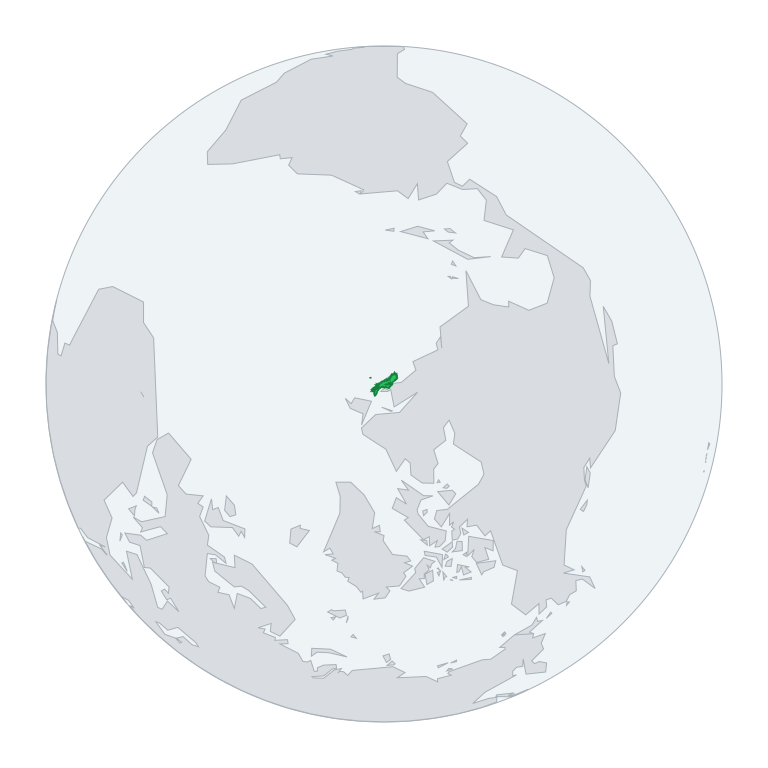 globe centered on Nova Scotia, rotated 175°
{"feature_id": "CAN-685", "entity_name": "Nova Scotia", "entity_type": "Province", "adm_level": 1, "iso_a3": "CAN", "parent_name": "Canada", "parent_adm1": "", "projection": "orthographic", "projection_center": [-62.958, 45.228], "detail": "fine", "context": "on_globe", "style": "filled", "palette": "green", "viewbox_px": 768, "rotation_deg": 175, "n_neighbors": 0, "source": "natural_earth", "source_scale": "10m", "svg_char_len": 15333}
<svg xmlns="http://www.w3.org/2000/svg" viewBox="0 0 768 768"><g transform="rotate(175 384 384)"><circle cx="384" cy="384" r="338" fill="#eef3f6" stroke="#a8b0b8"/><path d="M337.9,718.8L341.7,719.1L335.4,718.4L334.3,715.7L341.9,711.9L344.1,688.4L336.3,681.5L310.2,670.3L278.5,635.9L286.4,624.4L279.7,616.5L301.5,600.1L296.2,578.6L288.6,574.2L280.8,580.5L255.5,560.9L247.5,541.7L175.4,482.4L169.3,469.0L171.2,453.5L158.2,384.6L158.8,442.2L151.6,426.7L148.0,403.7L152.7,402.2L153.9,371.5L149.0,354.4L157.7,317.5L185.6,282.4L185.5,292.2L192.2,283.4L192.7,270.8L191.4,264.8L215.1,222.9L220.4,188.0L210.8,182.3L221.8,180.0L195.9,173.9L191.5,161.9L203.4,172.4L210.0,171.4L210.5,161.2L217.3,158.0L221.5,151.5L229.7,148.9L236.0,156.1L241.4,154.8L241.4,147.8L249.6,141.3L248.8,151.7L263.0,141.7L276.2,153.7L267.3,186.4L281.5,193.3L290.6,228.5L296.7,223.9L304.0,235.3L313.7,234.5L312.6,242.0L321.3,235.0L320.5,228.3L324.0,223.2L329.6,222.4L329.3,231.5L326.4,233.3L329.2,235.6L326.6,240.6L331.1,237.6L329.9,249.3L339.4,236.7L345.5,245.2L342.5,253.3L331.9,253.6L298.7,275.8L292.3,285.4L294.0,297.8L320.1,318.1L317.7,328.7L322.3,342.3L328.6,335.5L327.3,322.6L340.2,314.1L337.1,300.1L341.9,294.9L343.0,280.8L354.5,282.0L365.1,291.0L364.8,303.0L369.4,307.7L379.3,295.9L387.8,318.9L409.3,335.6L410.3,342.1L395.0,354.3L371.0,354.3L351.2,372.9L375.9,360.3L377.8,378.0L383.1,381.0L389.9,380.1L393.8,373.4L396.9,379.7L373.7,393.8L370.5,388.2L377.9,383.6L366.6,384.1L351.0,395.0L353.2,403.8L327.3,413.3L328.5,420.0L323.5,426.2L323.3,414.7L323.2,436.0L293.1,454.1L292.5,489.7L280.2,459.6L268.1,453.4L253.0,449.8L252.6,455.6L233.3,444.8L214.4,450.3L205.2,475.0L210.1,497.7L231.7,506.6L239.2,497.7L255.7,500.3L241.7,526.3L270.1,538.2L266.0,558.2L274.0,570.5L288.7,570.9L303.9,578.5L315.3,568.6L333.5,564.3L333.3,580.6L343.8,566.6L353.7,575.3L390.2,575.4L387.3,579.2L418.0,596.6L452.0,600.9L459.9,610.4L455.8,617.5L467.7,617.4L467.9,621.5L515.8,616.5L540.5,618.1L539.8,630.8L519.4,650.8L501.5,679.2L464.9,694.0L456.1,702.4L428.3,713.9L406.2,715.2L413.0,717.6L401.1,719.6L386.9,720.1L384.9,721.2L374.4,721.1L381.8,721.7L370.5,721.7L337.9,718.8ZM64.7,296.0L67.4,290.2L65.6,297.2L64.7,296.0ZM69.2,284.4L68.2,286.8L69.0,284.3L69.2,284.4ZM69.9,281.1L69.4,283.5L69.6,281.3L69.9,281.1ZM70.5,277.4L70.3,279.2L70.2,279.2L70.5,277.4ZM289.7,500.9L322.3,522.2L302.8,521.3L306.7,519.0L298.7,511.1L283.3,502.0L266.5,501.6L289.7,500.9ZM72.4,270.1L73.1,268.1L73.1,269.2L72.4,270.1ZM306.5,484.9L300.7,482.6L306.5,483.4L306.5,484.9ZM189.7,262.8L192.0,271.0L189.1,283.9L186.3,277.3L189.7,262.8ZM196.4,239.6L199.4,242.0L191.6,250.6L192.3,246.5L196.4,239.6ZM202.3,179.5L202.9,184.9L200.0,180.9L202.3,179.5ZM220.6,151.1L218.3,150.7L221.5,147.6L220.6,151.1ZM336.6,281.2L339.7,281.1L337.9,283.8L336.6,281.2ZM334.1,275.5L329.7,278.8L327.9,276.5L330.6,274.6L334.1,275.5ZM236.8,140.9L242.7,136.4L237.8,142.2L236.8,140.9ZM339.9,272.1L325.2,272.2L322.1,268.4L329.9,257.8L339.9,272.1ZM246.8,134.6L260.7,124.2L256.7,122.2L276.0,122.7L257.7,130.9L252.4,138.2L251.6,134.1L246.8,134.6ZM317.7,226.7L318.9,233.7L312.7,228.8L317.7,226.7ZM312.9,224.9L288.8,218.5L289.9,208.3L297.7,212.2L294.9,200.2L307.3,198.2L311.6,204.4L308.5,211.3L315.6,205.4L312.9,224.9ZM284.4,125.0L288.7,123.9L285.4,126.5L284.4,125.0ZM324.9,220.9L319.9,220.3L320.5,211.2L330.6,210.8L327.2,213.8L324.9,220.9ZM288.1,198.2L290.3,191.8L301.0,188.3L303.3,185.4L307.7,197.3L288.1,198.2ZM329.9,215.5L335.7,211.0L340.5,214.5L329.8,220.9L329.9,215.5ZM316.4,209.2L317.2,205.0L320.1,207.1L316.4,209.2ZM361.1,225.6L355.1,224.5L354.9,219.7L361.1,225.6ZM337.5,209.1L335.8,207.9L335.0,206.0L339.7,203.9L337.5,209.1ZM314.9,194.3L318.9,194.4L313.6,189.2L321.4,186.8L322.9,195.3L325.5,190.7L327.9,189.9L326.5,197.8L314.9,194.3ZM342.2,196.3L346.9,207.0L358.0,209.6L358.5,213.9L340.5,208.9L342.2,196.3ZM333.1,196.4L338.9,197.2L336.6,201.9L331.2,204.2L333.1,196.4ZM326.1,182.2L313.8,183.7L313.9,181.8L326.1,182.2ZM345.9,196.0L344.7,193.5L347.0,195.7L345.9,196.0ZM332.7,185.3L328.3,186.0L328.5,183.8L332.7,185.3ZM346.0,188.1L347.4,191.4L343.9,193.0L346.0,188.1ZM340.3,186.1L341.6,183.0L341.7,191.6L338.3,186.7L340.3,186.1ZM333.6,183.2L332.3,182.1L335.4,183.2L333.6,183.2ZM358.7,180.5L359.7,191.0L351.8,194.3L351.9,183.6L358.7,180.5ZM646.3,171.0L645.8,170.5L651.9,178.2L655.9,184.9L652.8,183.2L657.4,190.8L664.3,195.4L659.2,188.0L673.8,210.3L686.6,233.7L697.5,258.0L695.6,253.5L679.6,244.1L675.7,238.5L675.3,238.2L674.6,237.7L681.2,248.1L675.8,246.0L692.7,256.9L698.9,266.8L701.0,266.9L709.0,291.6L715.2,316.9L719.4,342.5L721.6,368.4L721.8,394.4L720.0,420.4L716.2,446.1L710.4,471.4L702.7,496.3L705.5,488.0L708.5,476.0L704.9,463.7L706.3,442.3L703.3,440.2L698.3,452.6L693.8,450.1L690.0,456.4L660.0,503.2L645.7,504.7L616.4,486.6L618.2,466.1L609.5,450.0L614.0,350.9L625.1,342.6L640.1,297.1L643.8,293.8L653.0,309.0L673.0,292.7L666.6,274.2L673.9,255.2L671.8,237.4L651.7,211.4L655.1,239.9L644.9,235.6L633.4,204.6L628.9,181.2L624.7,178.9L618.6,186.7L608.2,175.1L615.3,189.2L619.3,188.0L623.9,197.2L620.5,198.8L617.0,194.4L615.8,200.5L632.8,221.0L638.7,222.1L641.1,244.3L651.2,248.6L655.1,258.1L639.6,254.6L634.1,249.0L612.9,253.8L619.0,261.4L639.3,257.8L637.1,261.9L645.5,273.4L637.4,267.9L613.6,271.0L609.6,292.6L620.6,335.7L614.9,348.4L602.9,353.9L582.7,325.8L597.7,300.7L590.8,291.6L573.9,288.3L579.9,281.4L574.9,277.3L579.2,268.1L571.7,248.5L574.0,238.9L558.0,225.5L557.0,219.1L566.8,228.6L574.8,230.5L579.0,208.4L575.9,202.4L565.2,195.8L567.7,191.0L556.7,187.5L552.7,173.5L548.4,188.1L535.7,182.0L526.2,171.0L521.2,171.9L536.7,190.0L543.6,195.0L550.8,194.9L568.9,212.4L570.3,221.4L548.4,214.0L548.0,226.5L531.2,216.2L499.5,171.9L493.0,157.2L509.7,141.9L518.8,147.4L517.3,155.3L530.7,152.1L523.8,150.3L525.9,146.7L514.2,140.9L515.1,138.2L502.4,137.7L502.2,133.7L510.3,134.1L492.9,123.2L489.0,114.7L484.6,113.7L481.1,115.0L478.5,103.9L475.4,103.7L475.0,107.2L468.6,109.2L456.2,108.7L456.0,104.9L460.4,104.5L469.4,98.5L481.2,98.8L479.9,97.3L469.6,96.2L458.6,103.4L451.2,104.3L455.2,100.0L453.2,101.6L449.4,100.9L445.5,96.9L440.6,101.4L399.8,101.6L388.2,94.7L396.3,90.2L367.5,88.9L356.6,82.7L356.4,85.7L342.4,88.1L345.6,90.0L344.4,91.7L310.0,100.7L301.7,100.5L286.5,109.3L286.4,111.0L291.6,111.5L276.0,122.7L256.7,122.2L258.0,118.1L245.1,121.3L250.0,111.9L248.1,106.2L261.0,95.3L258.3,92.3L253.5,94.0L246.3,91.9L248.1,83.0L267.8,82.6L269.3,98.0L270.5,90.6L276.5,90.3L280.8,86.7L281.2,82.1L277.3,82.7L310.1,68.2L323.4,58.0L307.2,61.7L298.7,62.0L299.7,57.4L315.4,53.1L339.7,49.0L364.2,46.7L388.8,46.1L413.4,47.4L437.8,50.4L462.0,55.2L485.7,61.8L508.9,70.0L531.4,79.9L553.2,91.5L574.0,104.6L593.9,119.2L612.6,135.1L630.1,152.5L646.3,171.0ZM657.1,185.0L647.9,173.0L648.6,173.8L657.1,185.0ZM624.3,391.9L627.0,397.5L624.3,391.9ZM632.0,167.1L624.1,153.7L613.9,149.1L610.0,143.8L608.0,144.5L613.2,148.9L606.2,149.9L597.8,140.9L591.7,138.4L594.1,142.9L610.6,159.5L620.8,157.6L628.4,165.4L632.0,167.1ZM391.4,575.2L395.7,578.2L389.9,578.5L391.4,575.2ZM299.6,528.2L306.8,529.8L310.3,533.1L304.8,533.1L299.6,528.2ZM360.9,535.3L369.3,537.2L360.3,538.3L360.9,535.3ZM327.6,524.9L354.1,534.4L336.7,538.2L320.1,532.2L331.8,532.1L327.6,524.9ZM302.1,495.3L306.5,497.4L304.9,500.6L302.1,495.3ZM310.7,485.6L308.9,485.6L307.0,482.4L310.7,485.6ZM379.2,377.1L381.1,376.2L387.8,376.8L384.3,379.6L379.2,377.1ZM419.7,362.6L423.8,373.1L418.4,367.3L414.4,372.8L398.0,367.9L409.9,345.2L407.4,356.1L419.7,362.6ZM379.4,356.1L388.4,361.1L378.1,356.6L379.4,356.1ZM543.0,266.6L548.9,265.3L553.8,272.1L550.8,286.2L543.6,276.3L543.0,266.6ZM556.1,262.0L535.2,251.8L536.2,243.3L539.2,249.7L542.0,245.0L547.5,254.2L568.9,256.8L574.6,263.1L565.9,284.6L565.6,273.8L559.9,275.4L556.1,262.0ZM480.1,247.4L471.1,244.6L485.0,229.4L491.8,233.8L489.3,247.6L479.7,250.6L480.1,247.4ZM356.5,254.1L352.1,255.3L352.2,252.6L356.0,249.4L356.5,254.1ZM358.3,225.5L375.6,246.6L371.5,248.8L386.6,259.4L381.6,269.7L372.0,262.3L379.5,278.6L368.8,276.1L375.1,286.7L354.3,269.3L345.0,268.3L357.2,265.3L362.0,255.8L361.3,251.4L352.4,238.4L334.8,232.2L336.8,222.4L342.8,217.2L347.4,217.1L344.7,223.3L352.7,218.8L352.2,227.9L358.3,225.5ZM412.7,170.5L407.7,176.1L423.6,171.7L423.3,179.5L425.1,178.5L429.2,184.7L437.3,190.7L435.6,194.2L439.5,195.0L442.3,199.4L447.1,201.9L445.6,209.3L451.4,213.1L447.4,214.5L457.7,219.2L449.4,219.1L452.2,225.2L458.8,222.1L439.2,259.1L437.4,275.9L440.5,290.4L425.7,289.1L413.5,275.3L404.5,256.5L408.3,241.0L400.9,243.6L400.6,237.1L406.5,237.7L397.2,233.0L398.5,228.0L390.4,213.4L376.1,210.5L372.8,205.4L379.1,204.1L371.4,200.1L381.0,194.2L378.9,190.6L386.2,181.5L399.5,181.5L396.1,177.5L401.5,170.9L412.7,170.5ZM361.2,178.1L377.2,175.5L384.8,178.7L368.9,193.3L369.5,197.4L359.6,207.5L348.7,202.8L352.5,200.3L353.7,196.8L356.7,199.6L355.2,194.7L360.5,191.2L360.8,186.6L365.9,186.9L361.2,178.1ZM641.4,284.2L643.0,280.8L644.1,274.4L649.3,281.9L641.4,284.2ZM625.5,286.7L626.0,282.5L634.0,289.2L632.3,293.0L625.5,286.7ZM619.5,274.9L625.4,281.7L621.2,280.3L619.5,274.9ZM566.5,224.7L566.3,220.3L568.9,221.2L572.2,225.2L566.5,224.7ZM460.0,161.7L455.9,163.8L454.1,162.4L442.2,162.2L441.5,156.8L448.4,154.8L460.0,161.7ZM656.1,219.7L660.8,228.5L659.3,229.3L658.0,226.1L656.1,219.7ZM657.9,256.5L660.8,250.5L659.3,258.6L657.9,256.5ZM457.2,155.8L452.4,156.3L455.0,153.4L457.2,155.8ZM440.4,153.0L442.4,149.3L440.0,156.2L440.4,153.0ZM444.6,115.3L462.0,121.0L474.0,122.7L480.1,119.2L479.0,127.0L460.4,124.5L444.6,115.3ZM405.4,103.4L400.1,107.3L397.4,104.6L398.2,103.4L405.4,103.4ZM405.8,106.4L408.7,113.2L402.5,114.7L401.4,109.0L405.8,106.4ZM433.7,133.1L438.9,135.0L436.6,137.2L433.7,133.1ZM285.3,60.8L284.3,61.8L269.6,66.5L266.6,67.4L273.3,64.7L280.7,62.3L282.7,61.6L285.3,60.8ZM279.7,63.6L286.7,61.5L299.8,62.9L298.9,64.5L281.2,64.9L287.0,63.1L286.3,62.3L279.7,63.6ZM287.6,122.0L288.6,123.7L285.2,123.4L287.6,122.0ZM346.5,92.7L344.3,95.0L340.4,94.2L346.5,92.7ZM336.0,101.1L342.0,100.3L335.8,102.6L336.0,101.1ZM355.3,98.6L344.4,100.7L354.7,96.5L355.3,98.6Z" fill="#d9dde1" stroke="#a8b0b8" stroke-width="1"/><path d="M379.1,379.6L379.7,379.4L380.1,379.5L380.5,380.1L380.9,380.2L380.7,380.3L381.0,380.3L381.1,380.5L381.1,380.2L381.8,380.1L382.1,380.3L381.8,380.3L382.1,380.5L381.7,380.6L382.9,380.6L382.3,380.8L382.6,381.1L383.1,380.8L383.0,381.0L383.6,380.9L383.3,380.6L384.7,380.8L385.2,380.8L384.8,380.9L385.3,381.1L384.8,381.4L384.7,381.6L384.9,381.4L384.9,381.7L385.0,381.5L385.2,381.3L385.4,381.3L386.0,381.4L385.9,381.7L386.0,381.7L386.5,381.4L386.1,381.5L386.2,381.3L386.8,381.2L388.3,380.1L388.3,380.4L388.5,381.2L389.2,381.6L389.4,381.5L389.5,381.7L389.8,381.3L390.0,381.2L390.4,381.6L390.7,382.0L391.1,382.3L391.1,382.6L390.1,383.1L392.1,383.3L392.3,383.6L392.0,383.5L391.6,384.0L391.5,383.9L391.6,383.7L391.4,383.7L391.4,384.1L391.2,383.8L390.7,384.0L390.5,384.3L389.8,384.4L389.3,384.3L389.2,384.3L389.5,384.6L389.3,384.6L389.5,384.8L389.2,384.7L389.0,384.8L388.7,384.7L388.8,384.8L388.6,384.8L388.7,385.0L388.4,385.1L388.2,385.2L388.0,385.3L388.0,385.1L387.8,385.3L388.0,385.4L387.0,385.6L386.9,385.8L386.6,385.8L386.6,386.0L386.4,385.9L386.1,386.3L386.0,385.9L385.9,386.1L385.7,386.1L385.6,386.3L385.8,386.5L385.5,386.3L385.3,386.6L384.6,386.6L384.6,386.8L384.5,387.0L384.1,386.9L383.9,387.1L383.8,386.7L383.6,386.7L383.8,387.1L383.6,387.3L383.6,387.0L383.4,386.9L383.3,386.6L383.2,387.2L383.2,386.9L382.9,387.2L382.8,386.9L382.8,387.0L382.6,387.5L382.2,387.4L382.1,387.2L381.9,387.3L382.1,387.5L381.1,387.0L381.5,387.5L381.6,388.2L381.5,388.4L381.4,388.5L381.3,388.4L381.2,388.6L380.8,388.5L380.6,388.3L380.5,388.5L380.4,388.3L380.5,388.1L380.1,388.3L379.9,388.2L380.0,387.7L379.9,387.6L380.1,387.1L379.4,387.5L379.4,387.8L379.6,388.2L379.4,388.1L379.3,388.4L379.1,388.3L379.1,388.0L378.9,387.8L378.7,387.8L378.7,388.0L378.3,387.9L378.4,388.2L378.2,388.4L378.4,388.4L378.1,388.5L378.5,388.7L378.5,388.8L378.3,388.9L378.7,389.0L378.1,389.0L378.5,389.2L378.4,389.4L378.6,389.4L378.5,389.6L378.3,389.6L378.2,389.4L377.8,389.2L378.1,389.4L378.1,389.6L377.8,389.8L377.5,390.4L377.0,390.2L377.0,390.3L377.3,390.5L377.1,390.8L376.5,390.8L376.7,391.0L376.8,391.2L376.0,391.6L376.2,391.9L376.0,392.2L375.7,391.8L375.8,392.3L375.7,392.3L375.5,391.9L375.6,392.3L375.4,392.6L375.1,392.1L375.2,392.8L374.9,392.6L374.7,393.0L374.7,392.6L374.5,392.8L374.3,392.3L374.2,392.4L374.3,392.8L374.2,393.0L373.9,392.9L373.9,392.5L373.7,392.6L373.9,393.0L373.8,393.4L373.8,393.8L373.7,393.6L373.3,393.4L373.6,394.0L373.4,393.7L373.2,393.9L373.2,394.2L372.9,393.6L372.4,394.0L372.2,393.9L372.1,393.5L372.0,392.9L371.8,393.1L371.9,393.4L371.8,393.2L371.6,392.2L371.6,392.4L371.3,392.0L371.2,392.3L371.1,391.9L371.0,392.1L371.2,392.6L370.9,392.8L370.9,392.5L370.7,392.3L370.5,392.5L370.5,392.1L370.6,391.9L370.4,392.0L370.3,391.8L370.5,390.9L370.3,390.5L370.2,390.5L370.3,390.0L370.6,389.6L370.8,388.8L371.9,387.6L371.5,387.6L370.4,388.7L370.4,388.4L371.2,387.6L372.1,386.9L372.3,387.4L372.5,387.4L373.2,386.7L373.7,386.5L372.3,387.1L372.4,386.8L376.1,384.4L378.0,383.7L377.6,383.3L378.3,383.5L378.2,384.3L378.1,384.7L378.4,384.4L378.7,384.7L379.0,385.0L379.0,385.4L379.2,385.0L378.8,384.4L379.2,384.0L380.4,383.7L380.5,383.5L380.8,383.6L380.9,383.4L381.7,383.4L381.9,383.6L382.0,383.3L382.3,383.2L381.4,383.0L380.4,383.0L380.1,383.2L379.9,383.0L379.3,382.9L378.4,382.9L378.4,383.0L378.1,383.1L377.3,382.8L376.9,383.0L376.8,383.3L376.5,383.5L376.5,383.3L376.3,383.2L375.8,383.3L376.0,382.7L376.4,382.5L376.2,382.4L377.0,382.0L377.0,381.8L377.8,381.3L377.9,381.1L377.9,380.9L378.2,380.6L378.5,380.4L378.5,380.6L378.4,380.7L378.3,380.9L378.6,380.8L378.5,380.7L378.7,380.1L379.1,379.6ZM395.8,380.5L395.4,380.6L395.2,381.0L394.6,381.4L394.2,381.4L393.4,381.8L393.2,381.9L393.1,381.7L392.7,381.7L392.6,381.4L392.5,381.6L392.0,381.6L391.4,382.0L391.4,381.9L391.2,381.7L390.9,382.0L390.7,381.9L390.2,381.3L390.0,380.4L390.0,380.1L389.8,379.3L390.1,379.0L390.1,378.5L390.8,377.9L391.6,376.6L391.8,376.0L391.7,375.8L391.8,375.7L391.8,375.9L392.3,374.8L393.1,374.0L393.3,373.4L393.5,373.2L393.9,373.4L394.3,373.2L394.3,373.4L393.9,374.0L394.1,374.0L394.6,374.1L394.6,375.2L394.4,375.3L394.5,375.4L394.4,375.5L394.6,375.7L394.3,376.2L394.1,376.8L393.6,378.1L394.1,377.4L394.3,377.3L394.3,377.6L393.5,378.6L392.8,379.0L392.5,379.0L392.6,378.9L392.1,379.5L391.5,379.7L391.5,379.8L392.0,379.7L392.5,379.1L393.1,379.0L392.8,379.7L392.5,379.9L391.7,380.0L391.9,380.0L391.6,380.2L392.1,380.0L392.4,380.2L392.2,380.2L392.3,380.4L392.0,380.4L391.6,380.7L391.5,380.9L391.6,381.0L392.4,380.8L392.9,381.0L392.7,381.4L393.0,381.1L393.1,380.7L394.5,379.3L393.3,380.0L392.9,379.7L394.1,378.7L394.5,378.1L394.8,378.0L394.9,377.9L394.4,378.0L393.6,378.9L393.4,378.9L394.1,377.9L394.6,377.4L394.9,377.3L395.2,377.8L394.9,378.3L395.1,378.2L395.2,378.4L395.3,378.0L395.5,377.8L395.9,377.9L395.7,378.0L396.3,378.1L396.3,378.3L396.8,378.2L396.6,378.4L396.6,378.7L396.9,378.6L396.3,379.1L396.8,379.2L396.9,379.6L396.3,379.8L396.2,380.0L395.6,380.0L395.8,380.3L395.8,380.5ZM392.0,381.8L392.6,381.9L392.3,382.1L392.3,382.3L392.1,382.5L392.1,382.3L391.8,382.3L391.6,382.0L392.0,381.8ZM397.4,391.2L397.8,390.9L397.4,391.3L397.0,391.5L396.5,391.5L396.0,391.3L396.6,391.4L397.4,391.2ZM372.7,394.1L372.9,393.9L372.6,394.5L372.5,394.2L372.7,394.1ZM370.0,389.0L370.3,388.7L369.8,389.4L370.0,389.0ZM397.3,379.2L397.2,379.2L397.4,379.0L397.3,379.2ZM385.5,380.6L385.9,380.5L385.7,380.6L385.5,380.6Z" fill="#22c55e" stroke="#15803d" stroke-width="1.5"/></g></svg>